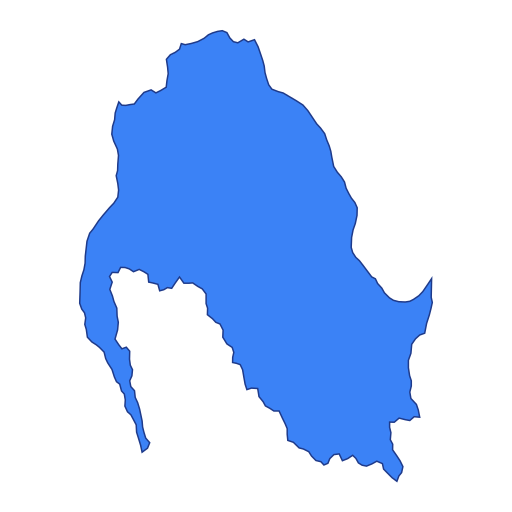 Maragogipe, Bahia, Brazil (Equal Earth projection)
{"feature_id": "56859067B10355706610278", "entity_name": "Maragogipe", "entity_type": "district", "adm_level": 2, "iso_a3": "BRA", "parent_name": "Brazil", "parent_adm1": "Bahia", "projection": "equal_earth", "projection_center": [-38.951, -12.825], "detail": "fine", "context": "isolated", "style": "filled", "palette": "blue", "viewbox_px": 512, "rotation_deg": 0, "n_neighbors": 0, "source": "geoboundaries", "source_scale": "gbopen_adm2", "svg_char_len": 3635}
<svg xmlns="http://www.w3.org/2000/svg" viewBox="0 0 512 512"><path d="M254.5,39.7L248.1,41.9L243.9,39.2L237.8,42.8L233.4,41.7L229.8,37.9L226.9,32.6L222.3,30.7L217.6,31.4L212.6,32.9L208.4,34.8L204.1,38.3L197.8,41.6L191.2,43.5L185.2,44.7L181.3,43.6L179.5,49.2L175.3,52.3L170.4,54.7L166.4,59.3L167.6,67.2L168.2,73.7L167.0,80.4L166.2,87.2L160.7,90.5L155.9,92.9L151.1,89.9L144.0,92.4L138.1,98.9L134.3,104.0L129.9,104.6L125.8,105.4L121.8,105.2L118.8,101.9L116.7,108.1L115.2,113.0L114.6,119.8L112.6,126.3L111.8,134.2L113.7,141.0L117.4,149.1L118.5,155.4L117.8,164.3L117.6,170.6L116.2,175.7L117.8,183.5L118.6,190.1L117.8,197.2L113.8,203.2L109.7,207.5L106.7,211.0L103.1,215.2L98.6,220.8L93.0,229.2L89.7,233.2L87.0,241.2L85.3,256.1L85.1,263.2L83.9,269.8L81.9,275.9L80.3,282.6L80.1,291.1L79.7,303.3L81.7,309.0L84.5,312.8L85.7,317.9L84.8,324.4L86.3,329.4L87.4,337.2L91.9,342.0L96.3,344.8L99.5,347.4L104.1,352.1L105.7,358.6L107.7,362.8L112.0,369.5L114.4,377.0L116.5,381.7L119.7,384.1L121.5,390.9L124.3,394.0L125.3,399.9L124.9,406.1L127.5,411.8L130.9,414.8L133.2,419.1L136.2,424.8L136.6,432.2L138.4,437.9L140.6,445.2L142.1,452.2L147.5,448.2L149.7,442.7L145.7,438.1L143.9,432.2L142.6,427.0L142.1,421.0L140.8,414.8L139.6,409.1L137.7,402.8L135.2,397.4L134.5,390.7L130.8,386.6L129.7,380.8L131.9,375.8L132.5,369.7L130.3,365.2L129.5,359.2L129.7,351.2L126.3,347.2L121.9,348.8L118.8,344.8L115.0,339.1L117.6,329.9L118.3,322.3L117.1,316.2L116.8,308.1L113.9,301.4L112.4,295.9L109.8,289.4L112.2,282.1L109.5,276.5L112.2,272.4L118.0,272.6L120.6,267.4L125.1,267.5L129.3,268.9L133.5,271.7L139.2,269.4L143.8,271.7L147.9,274.3L148.7,282.1L152.5,282.9L157.9,284.3L159.7,290.8L163.8,289.7L167.4,287.6L171.7,288.3L175.3,282.9L179.5,277.0L183.9,283.2L188.8,283.2L192.7,282.9L197.8,286.4L202.3,288.9L206.1,294.0L206.1,303.6L207.6,308.2L207.4,314.7L212.5,318.7L215.8,322.3L220.0,324.0L223.1,330.1L222.8,337.2L226.9,343.9L232.2,347.4L233.8,352.4L232.7,357.3L232.6,362.5L236.4,363.3L240.2,364.6L242.6,369.7L243.8,376.8L245.1,384.1L246.9,389.6L251.4,388.1L257.7,388.5L259.0,396.6L263.2,401.8L265.4,405.9L269.8,408.3L273.9,411.0L279.1,411.0L282.4,418.1L285.1,423.6L287.2,428.6L287.2,434.3L287.8,440.4L293.4,442.3L299.1,447.9L303.4,449.0L308.8,451.7L311.5,456.0L315.9,460.5L320.9,461.7L323.9,465.0L327.9,463.3L329.8,458.6L333.9,454.6L339.2,453.9L342.4,460.7L347.7,458.6L352.7,455.3L355.9,458.4L358.4,462.9L362.1,465.2L366.5,466.1L371.9,463.9L376.8,461.2L382.4,463.6L383.6,469.1L387.8,473.4L392.2,477.8L396.9,481.3L398.9,475.9L401.6,472.6L402.9,466.6L400.1,460.9L396.7,455.7L392.6,449.8L392.7,444.2L390.3,439.7L390.9,432.7L389.6,427.3L389.6,422.1L394.3,422.2L399.1,418.1L405.0,419.6L409.8,420.5L414.2,416.7L419.7,417.2L418.3,410.1L416.4,404.4L410.9,398.5L409.8,392.1L411.3,386.0L411.3,380.8L409.6,375.7L408.4,367.8L408.4,360.3L410.9,353.3L411.7,344.3L415.5,338.8L419.7,335.0L424.7,333.2L426.6,323.4L429.3,315.0L431.0,308.4L432.3,302.5L431.2,297.3L431.6,278.6L428.0,284.0L422.8,291.6L418.9,295.7L413.5,299.4L409.8,301.3L405.2,302.0L398.7,301.7L393.4,300.3L389.4,297.8L384.4,292.8L381.8,288.1L377.6,283.5L375.4,278.8L371.7,276.9L367.4,271.2L363.2,265.6L359.4,260.7L355.8,257.4L352.7,252.6L351.2,247.4L351.6,237.4L353.1,229.8L355.3,223.5L357.0,215.4L357.2,207.8L354.9,202.6L351.3,198.0L348.7,193.4L346.1,188.2L344.5,182.0L341.3,176.9L337.3,172.2L333.7,166.5L331.8,157.2L330.8,151.3L329.2,145.9L326.7,139.9L324.7,133.7L320.5,128.0L316.7,123.9L312.7,117.9L307.8,110.6L302.9,105.0L295.9,100.5L288.6,96.2L283.2,93.0L278.1,91.6L271.9,89.2L268.7,84.8L266.6,78.5L265.0,72.6L264.2,66.0L262.8,60.7L260.8,54.7L258.1,46.8L254.5,39.7Z" fill="#3b82f6" stroke="#1e3a8a" stroke-width="1.5"/></svg>